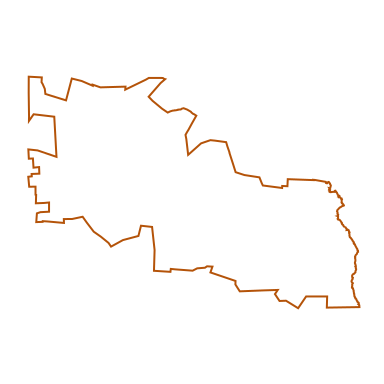 the district of Tenabo, Campeche, Mexico, rotated 177°
{"feature_id": "50627088B50873486185333", "entity_name": "Tenabo", "entity_type": "district", "adm_level": 2, "iso_a3": "MEX", "parent_name": "Mexico", "parent_adm1": "Campeche", "projection": "mercator", "projection_center": [-90.397, 19.964], "detail": "fine", "context": "isolated", "style": "outline", "palette": "amber", "viewbox_px": 384, "rotation_deg": 177, "n_neighbors": 0, "source": "geoboundaries", "source_scale": "gbopen_adm2", "svg_char_len": 5516}
<svg xmlns="http://www.w3.org/2000/svg" viewBox="0 0 384 384"><g transform="rotate(177 192 192)"><path d="M30.8,68.3L30.8,68.7L31.1,69.1L31.1,69.3L30.8,70.1L30.9,70.3L31.2,70.7L31.2,71.2L31.5,71.3L31.4,71.4L31.3,71.6L31.5,72.1L31.4,72.5L31.6,72.6L31.6,72.9L32.5,73.6L32.5,74.2L32.6,74.3L32.9,74.5L33.2,75.1L33.4,75.9L33.4,76.1L33.5,76.4L33.7,76.6L33.9,76.7L34.1,77.0L34.4,77.1L34.5,77.4L34.6,77.9L34.5,78.1L34.7,78.4L34.9,78.5L35.0,78.8L35.0,79.2L35.2,79.4L35.3,79.5L35.3,79.8L35.3,80.4L35.3,81.3L35.3,81.6L35.5,81.7L35.6,82.1L35.6,83.1L35.6,83.4L35.7,83.6L35.8,84.5L35.7,84.7L35.7,85.1L36.3,86.8L36.2,87.3L36.3,87.5L36.9,87.6L37.1,87.8L37.1,88.0L37.3,88.4L37.2,88.8L37.1,89.4L36.8,89.8L36.9,90.4L36.9,91.5L36.2,92.3L36.1,92.5L37.2,93.7L37.4,94.4L37.1,95.4L36.5,96.1L36.5,96.4L36.3,96.6L36.4,96.8L36.3,97.2L35.9,97.6L35.8,98.0L36.3,98.3L36.5,98.6L36.5,100.0L36.3,100.5L35.7,101.3L34.9,101.8L34.3,101.9L34.2,102.2L33.3,102.9L33.0,103.2L32.9,104.5L32.6,105.1L32.2,105.7L32.1,106.5L32.4,107.0L32.3,107.8L32.4,108.1L32.6,108.6L32.4,108.6L32.3,108.8L32.5,109.5L32.3,109.7L32.6,111.2L32.6,111.4L32.9,111.7L32.9,112.0L33.0,112.2L33.0,113.0L32.8,113.6L32.5,114.4L32.4,114.9L32.4,115.4L32.4,116.7L32.6,117.0L32.6,117.5L32.5,117.9L32.4,118.0L32.4,118.3L32.6,118.4L32.6,119.0L32.1,119.7L32.0,120.2L31.3,120.9L30.8,121.3L30.6,121.5L30.3,122.4L29.9,123.3L29.3,123.5L29.3,124.7L29.8,125.1L29.9,125.4L29.8,125.8L30.0,126.6L30.4,127.0L30.6,127.6L30.8,128.0L30.9,128.3L31.3,128.9L31.6,129.7L31.9,130.3L31.9,130.7L32.4,131.3L32.4,131.7L32.7,132.0L33.0,131.9L33.2,132.3L33.3,132.8L33.2,133.0L33.0,133.3L33.3,133.8L33.9,134.6L34.2,134.9L34.3,135.4L34.4,135.6L34.6,135.8L34.7,136.3L35.1,136.6L35.7,137.5L35.8,137.9L36.1,138.1L36.4,138.4L36.7,138.5L36.8,138.7L36.9,139.7L37.1,140.1L37.0,140.5L37.0,141.9L37.1,142.5L37.1,142.9L37.3,143.0L37.2,143.5L36.9,143.7L37.0,143.8L37.3,144.0L37.4,144.6L37.4,145.2L37.5,145.6L37.7,145.8L38.2,146.1L38.7,145.9L39.0,145.9L38.9,146.0L38.8,146.4L39.1,146.6L39.3,146.9L39.6,146.9L39.9,147.2L39.9,147.4L40.1,147.5L40.4,147.4L40.2,147.6L40.2,148.1L40.5,148.4L40.5,148.6L41.2,148.9L41.5,148.9L41.4,148.9L41.6,149.1L42.1,149.7L42.2,149.9L42.4,150.0L42.6,150.7L42.7,150.8L42.7,151.0L42.8,151.2L43.7,151.8L43.9,152.2L43.8,153.0L43.9,153.3L44.3,153.4L44.4,153.9L44.4,154.1L44.8,154.6L44.9,154.9L45.9,156.3L46.1,156.5L46.8,156.6L47.2,156.8L47.5,156.8L47.9,157.4L47.7,157.5L47.5,157.8L47.5,158.3L47.5,158.7L47.5,159.2L47.4,159.6L47.5,160.1L47.9,160.3L47.4,160.4L47.4,160.8L47.4,161.2L47.2,161.7L47.4,161.9L47.6,162.0L47.6,162.4L47.8,162.5L47.9,163.0L47.7,163.6L47.7,164.2L47.9,164.5L48.1,164.9L48.2,165.2L48.0,165.5L47.9,165.9L47.6,166.6L47.0,167.0L46.2,167.9L45.0,168.9L44.5,169.0L42.4,170.3L42.0,170.4L41.9,170.3L41.5,170.5L41.3,170.4L41.2,170.4L41.0,170.6L41.1,170.9L41.3,171.2L41.5,171.6L41.8,171.9L42.2,172.6L42.5,172.8L42.8,172.8L43.1,173.4L43.0,173.6L43.2,173.8L43.1,174.3L43.0,174.6L43.0,175.0L43.0,176.0L42.6,176.7L42.9,177.2L42.9,177.7L43.1,177.8L43.3,177.8L43.6,177.5L43.8,177.8L44.3,178.8L44.6,179.1L45.2,179.3L45.6,179.2L45.6,179.4L45.7,179.6L46.0,179.7L45.9,179.8L45.5,179.7L45.4,179.6L45.1,179.7L45.0,179.9L45.0,180.4L45.3,180.5L45.8,181.0L46.2,181.2L46.6,181.5L46.9,182.6L47.1,183.0L47.3,183.7L47.8,184.1L47.9,184.4L47.9,184.6L48.0,184.8L48.4,185.2L48.6,185.2L48.7,185.4L48.8,185.8L49.0,185.8L49.4,185.6L49.6,185.1L49.3,185.0L49.2,184.8L49.1,184.7L49.4,184.6L50.1,184.8L50.5,184.7L50.9,184.8L53.0,184.6L53.3,184.8L53.7,184.6L53.9,184.6L54.0,184.7L54.6,184.9L54.6,185.6L54.8,185.8L54.6,185.9L54.5,186.0L54.3,186.2L54.2,186.3L54.0,186.8L54.6,187.2L54.7,187.3L54.9,187.4L54.8,187.6L54.5,187.6L54.5,187.8L54.4,187.9L54.5,188.2L54.7,188.6L54.1,188.4L53.9,188.7L53.7,188.8L53.6,189.2L53.5,189.7L53.0,191.1L53.1,191.5L53.4,192.1L53.7,192.4L53.7,193.1L54.8,194.8L55.2,194.9L55.4,194.9L55.7,194.7L56.2,193.9L56.6,193.6L56.8,193.6L57.4,193.9L57.7,194.0L57.6,194.5L57.8,195.1L68.6,197.6L70.0,197.8L69.9,197.5L95.7,199.8L96.4,192.8L101.6,193.3L101.8,191.3L120.9,194.8L121.9,197.2L123.9,203.1L138.8,206.2L147.4,209.5L149.6,218.0L152.6,229.3L152.5,229.6L154.2,235.4L155.3,240.0L166.4,242.1L170.9,242.8L180.4,240.1L193.9,229.3L194.9,245.2L195.5,249.4L194.0,251.8L192.1,254.6L188.6,260.3L183.7,268.0L185.9,269.6L186.7,269.9L188.5,271.5L188.9,272.2L192.6,274.6L196.0,276.1L197.9,275.7L198.9,275.0L201.5,275.0L201.6,274.8L204.2,274.4L205.2,274.5L205.6,274.3L206.9,274.3L209.4,273.7L212.1,272.6L217.6,276.8L226.6,285.1L230.3,289.4L217.6,302.5L212.9,306.1L214.0,306.5L215.2,307.4L229.1,308.2L232.2,306.6L253.3,297.7L252.9,300.7L278.0,301.3L285.6,304.4L285.6,303.3L296.3,308.6L306.1,311.6L313.0,290.1L333.3,297.6L333.6,302.7L335.6,307.9L336.5,309.5L336.0,314.3L349.0,315.7L349.9,299.6L350.8,275.8L351.1,271.5L346.1,277.9L325.6,274.4L325.5,234.2L344.0,241.6L353.2,243.1L353.2,233.8L349.1,233.8L349.0,224.6L343.4,224.9L343.5,218.3L351.2,218.4L351.2,216.0L354.7,215.8L354.3,205.8L348.0,205.5L348.4,197.5L347.8,197.3L348.5,188.9L340.3,188.8L335.3,189.0L335.8,179.8L344.4,179.8L348.0,178.8L349.1,170.1L342.7,170.0L342.6,170.7L337.6,170.1L321.5,167.8L321.4,171.7L313.2,171.3L302.5,173.0L298.7,167.0L292.2,157.5L285.3,152.1L278.0,145.5L275.7,141.7L263.5,147.6L247.8,150.9L244.7,161.0L233.7,159.2L232.4,136.0L234.1,115.3L217.7,113.4L217.2,116.3L212.6,115.6L195.5,113.4L190.8,115.5L183.0,115.7L180.9,117.0L175.5,116.4L177.8,110.7L153.2,100.9L153.5,97.4L149.5,90.3L125.9,90.0L111.5,89.7L114.5,85.7L110.3,78.6L103.8,78.5L92.1,70.4L83.5,81.7L62.5,80.6L63.4,69.5L30.8,68.3Z" fill="none" stroke="#b45309" stroke-width="2"/></g></svg>